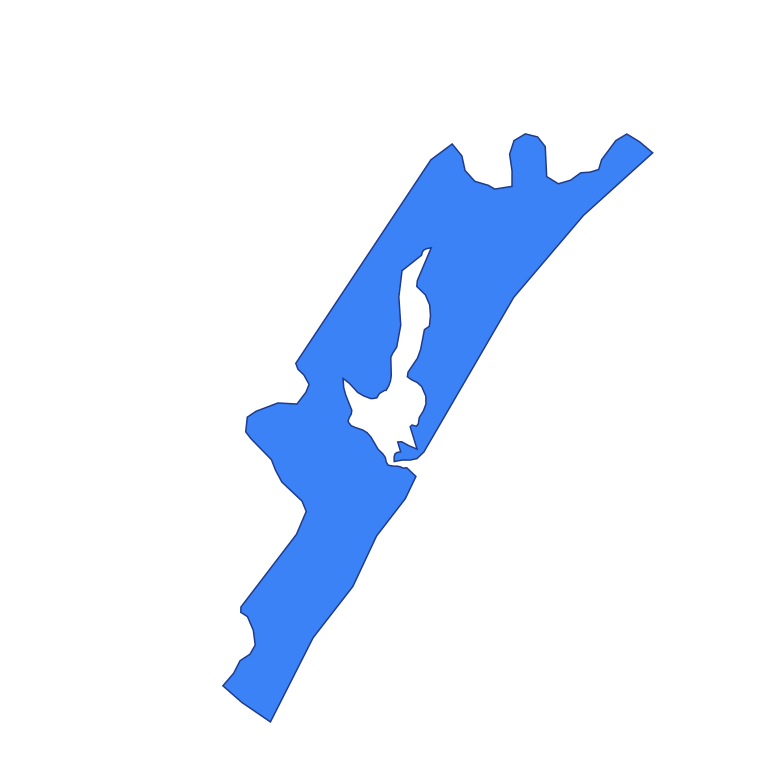 the State of Lagos, rotated 304°
{"feature_id": "NGA-2850", "entity_name": "Lagos", "entity_type": "State", "adm_level": 1, "iso_a3": "NGA", "parent_name": "Nigeria", "parent_adm1": "", "projection": "equal_earth", "projection_center": [3.544, 6.537], "detail": "fine", "context": "isolated", "style": "filled", "palette": "blue", "viewbox_px": 768, "rotation_deg": 304, "n_neighbors": 0, "source": "natural_earth", "source_scale": "10m", "svg_char_len": 1878}
<svg xmlns="http://www.w3.org/2000/svg" viewBox="0 0 768 768"><g transform="rotate(304 384 384)"><path d="M40.3,478.8L40.5,444.4L43.7,419.2L46.2,419.5L60.2,421.1L74.2,419.4L85.1,424.0L95.6,423.2L106.8,413.3L114.8,400.9L114.6,393.0L119.1,390.1L210.4,395.5L234.9,390.8L241.1,381.4L245.6,354.1L251.8,342.4L258.3,333.0L264.3,304.1L267.0,296.1L280.1,289.2L289.9,293.2L308.9,306.6L318.7,323.0L333.5,323.9L341.8,322.1L346.7,312.5L348.1,304.4L351.8,299.3L596.1,297.5L621.1,306.3L616.6,321.1L606.4,331.7L602.8,345.9L607.1,359.6L607.5,366.7L619.4,379.6L632.1,371.1L644.8,359.6L658.5,355.7L670.4,361.3L674.7,373.2L671.0,384.9L646.9,402.9L647.5,416.6L657.3,424.7L669.1,429.0L674.8,436.3L681.9,442.0L691.6,439.0L715.5,440.1L727.0,445.5L727.7,460.5L726.0,476.1L725.9,477.5L635.4,455.1L528.5,443.1L349.9,455.1L340.5,453.0L335.4,448.0L331.3,441.8L325.4,435.8L329.3,433.1L332.1,432.2L334.6,433.1L337.0,435.8L343.6,427.8L346.0,430.9L346.8,439.4L348.5,447.8L363.2,429.6L365.6,430.1L367.1,434.5L370.3,434.7L375.8,432.0L383.7,431.7L390.8,430.0L397.3,425.5L403.0,416.6L403.8,410.5L402.9,404.2L403.1,399.3L407.3,397.3L424.3,397.3L433.2,395.0L451.7,387.1L457.3,389.3L466.7,384.3L475.1,377.6L481.0,368.6L483.2,356.6L488.4,353.8L523.3,347.0L520.1,343.7L517.4,342.1L514.9,342.0L511.8,343.1L488.0,335.6L464.5,347.6L442.1,365.0L421.7,373.9L414.1,374.0L409.8,374.8L395.1,385.3L390.3,387.6L385.4,388.9L379.9,389.3L378.9,388.0L373.6,385.5L368.5,385.8L365.8,383.0L364.5,381.2L362.8,373.9L362.3,367.0L365.2,354.9L365.7,347.0L358.5,352.6L353.4,358.5L344.2,372.0L340.8,373.7L336.4,374.0L332.7,375.2L331.1,379.9L331.7,383.8L334.0,392.1L334.2,397.3L332.5,403.4L326.6,415.5L325.4,422.2L323.8,426.2L320.7,429.3L319.0,432.8L321.2,437.8L323.2,440.7L324.4,443.6L325.0,447.0L327.3,449.7L325.2,462.2L300.8,465.8L253.9,462.8L198.7,471.4L134.0,467.1L40.3,478.8Z" fill="#3b82f6" stroke="#1e3a8a" stroke-width="1.5"/></g></svg>